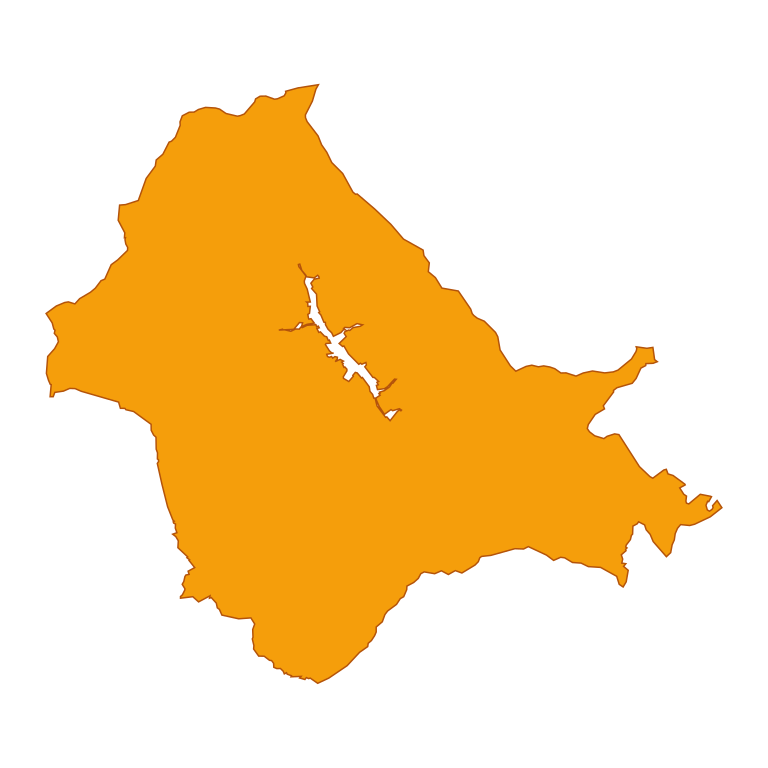 Sandominic, Harghita, Romania (Robinson projection)
{"feature_id": "2599482B98867301333239", "entity_name": "Sandominic", "entity_type": "district", "adm_level": 2, "iso_a3": "ROU", "parent_name": "Romania", "parent_adm1": "Harghita", "projection": "robinson", "projection_center": [25.816, 46.646], "detail": "fine", "context": "isolated", "style": "filled", "palette": "amber", "viewbox_px": 768, "rotation_deg": 0, "n_neighbors": 0, "source": "geoboundaries", "source_scale": "gbopen_adm2", "svg_char_len": 6095}
<svg xmlns="http://www.w3.org/2000/svg" viewBox="0 0 768 768"><path d="M710.3,516.8L721.9,507.7L717.1,500.5L712.6,505.7L713.1,507.4L712.2,509.2L709.5,511.2L707.3,509.9L706.0,505.3L707.6,501.3L708.7,501.7L711.5,496.7L710.6,496.3L700.3,494.3L688.8,503.9L686.5,503.2L685.9,501.2L686.5,496.1L683.8,494.3L679.7,487.9L685.2,484.9L684.9,484.2L673.1,475.5L668.0,473.9L666.3,469.3L663.8,470.0L652.8,478.2L649.9,476.6L639.4,466.6L618.9,434.6L614.6,433.9L607.1,436.3L603.9,438.6L594.7,435.8L589.5,431.8L587.3,428.6L588.3,424.5L595.2,414.4L604.5,408.9L603.3,405.8L613.6,392.0L613.5,390.4L617.0,387.7L632.2,383.3L636.1,378.5L640.9,368.1L645.7,365.6L645.9,363.6L653.1,363.3L657.3,361.7L654.6,359.6L652.9,347.4L646.9,348.3L636.2,346.8L636.8,348.7L636.1,351.4L631.5,359.0L618.0,370.1L613.3,371.9L604.7,372.9L592.5,371.0L583.2,373.0L576.0,376.1L566.1,372.9L560.9,373.0L554.8,368.7L549.9,367.0L543.7,365.9L538.4,366.8L531.8,365.2L526.1,366.4L515.8,371.2L510.4,365.9L500.1,350.0L497.8,336.8L495.5,332.4L484.3,321.2L477.3,318.2L473.8,315.5L472.2,313.6L470.7,309.1L458.3,291.0L441.9,288.1L435.4,277.6L428.3,271.7L429.3,262.9L423.9,255.6L423.1,250.1L403.5,239.1L391.0,224.5L374.8,209.1L357.2,194.0L355.6,194.3L352.9,192.1L342.7,173.5L331.8,162.6L326.8,152.3L321.6,144.8L318.1,136.0L307.1,121.6L305.5,117.7L305.4,114.9L312.4,101.1L315.9,89.2L318.4,84.7L298.0,87.9L285.6,91.3L285.9,92.8L284.2,95.8L277.4,98.8L274.5,99.2L265.9,96.1L260.1,96.2L255.6,98.9L254.7,101.9L244.3,114.0L240.3,115.6L237.4,116.2L226.0,113.5L219.6,109.1L215.5,108.0L205.5,107.4L198.4,109.5L194.1,112.1L189.2,112.2L182.3,115.8L180.0,121.9L180.2,125.3L175.4,137.3L171.5,141.2L169.1,142.1L162.9,154.2L156.2,160.0L155.3,166.1L146.2,178.4L138.3,200.5L125.6,204.6L119.6,205.1L118.2,220.3L124.8,232.8L124.4,237.8L125.5,237.7L125.0,239.7L125.8,244.0L127.7,247.5L127.5,250.4L117.6,260.0L111.2,264.7L104.8,279.1L101.0,280.7L95.3,288.2L90.4,292.3L79.7,298.6L74.9,303.9L68.4,301.9L64.7,302.5L56.3,306.0L46.1,313.5L52.2,322.9L53.8,329.0L55.0,330.2L54.3,333.4L57.3,336.9L58.4,341.8L54.6,348.7L47.7,356.5L46.4,373.4L48.5,380.3L50.3,384.4L51.2,384.6L50.1,396.7L53.2,396.7L54.8,392.4L63.5,391.1L69.7,388.4L75.1,388.6L81.3,391.3L118.6,402.1L120.4,408.3L124.9,408.4L125.9,409.7L133.6,411.5L151.1,424.3L151.2,430.3L153.6,435.0L156.0,437.2L156.2,449.2L157.5,452.8L157.4,459.0L158.4,459.6L158.6,461.5L157.3,463.4L161.9,484.0L167.6,506.7L172.9,520.1L174.2,521.2L173.2,521.8L173.7,523.1L175.5,524.0L175.3,528.1L176.9,532.7L172.7,534.2L175.8,536.6L178.3,540.8L177.9,547.7L187.7,556.9L186.9,557.7L189.6,559.8L189.0,560.4L194.7,567.6L188.1,571.2L189.1,574.4L185.9,575.0L184.9,576.6L183.8,581.5L182.2,584.3L184.9,588.7L184.8,590.0L182.4,594.8L180.5,596.5L180.5,598.2L192.8,596.7L198.6,601.9L210.0,595.8L209.5,598.2L211.3,597.6L216.3,603.1L217.3,607.8L219.4,609.4L221.9,615.1L238.7,618.8L250.9,617.9L254.7,624.0L252.7,629.5L253.0,637.3L252.3,638.9L253.9,645.6L253.6,649.0L258.7,656.1L264.1,656.2L269.5,660.3L271.6,660.6L273.6,663.3L273.8,667.3L276.8,668.6L280.4,668.5L283.2,671.2L284.3,673.9L286.5,672.7L287.2,674.2L291.5,675.7L291.0,676.8L301.1,676.4L299.7,678.0L304.9,679.5L306.4,677.6L308.7,678.6L310.2,678.1L317.7,683.3L328.8,678.1L347.1,665.7L359.6,652.3L367.7,646.6L368.2,643.3L371.4,640.6L374.6,635.7L376.2,632.0L376.2,627.0L382.3,621.8L384.9,614.6L387.6,611.0L396.5,604.4L400.3,598.6L403.7,596.7L406.7,589.7L406.9,586.1L413.7,582.5L418.3,578.4L420.8,573.7L424.2,571.9L434.7,573.7L441.4,570.8L448.4,574.5L455.3,570.6L461.9,573.0L475.1,565.0L478.3,561.7L479.8,557.7L481.7,556.4L490.8,555.4L514.9,548.7L523.6,549.0L528.3,546.6L546.5,555.1L553.6,560.4L560.6,557.3L564.6,557.8L572.5,562.5L581.1,563.1L588.3,566.6L600.6,567.4L616.7,576.3L619.2,584.3L623.1,587.0L626.2,581.8L628.2,570.3L623.6,566.4L625.8,563.7L621.8,563.1L622.7,559.1L621.3,554.8L626.0,550.7L625.6,549.3L627.0,547.9L625.7,547.0L626.2,545.1L630.4,539.6L631.4,535.4L632.6,534.1L632.9,526.1L637.2,523.8L638.6,521.8L644.6,524.9L646.2,529.8L650.2,534.4L653.2,541.6L666.4,556.7L670.7,552.6L672.1,544.9L674.3,539.9L675.2,533.7L677.5,528.3L680.6,524.6L689.7,525.5L694.7,524.2L710.3,516.8ZM299.8,264.1L301.8,270.4L305.8,275.2L306.5,276.8L314.2,277.9L317.7,275.3L318.9,276.7L319.2,278.1L314.2,279.2L310.9,283.2L312.8,287.0L311.6,288.5L316.5,294.1L317.1,306.0L319.7,311.8L318.7,312.6L320.9,315.0L323.9,322.2L325.4,322.4L325.5,324.7L328.0,329.2L331.7,332.8L333.4,336.3L340.9,332.6L343.4,329.8L345.2,329.7L343.6,328.5L344.8,327.4L349.7,327.7L357.0,323.6L362.6,324.8L360.2,326.3L353.1,327.6L349.8,330.5L348.8,330.0L344.9,331.7L344.1,333.3L346.2,336.6L339.1,343.5L342.6,346.5L343.9,346.0L348.5,353.9L358.8,364.3L360.4,363.2L361.9,364.2L365.9,362.5L366.4,365.0L364.8,366.8L372.9,377.4L374.4,377.5L378.6,381.5L376.9,382.3L378.3,384.8L376.4,385.4L377.5,389.6L384.4,388.7L387.6,386.6L394.5,379.1L396.2,379.3L392.9,383.2L392.2,382.9L389.5,387.0L384.2,390.7L379.5,392.2L380.1,393.1L378.9,393.7L380.1,395.2L376.0,398.0L376.1,399.5L379.3,406.6L384.5,414.3L391.0,409.6L392.7,410.7L399.4,408.7L401.5,410.1L400.9,410.8L399.7,409.8L397.5,411.3L390.1,420.7L386.8,416.9L385.6,417.3L377.0,405.9L375.1,398.1L373.8,398.1L372.6,394.4L370.0,391.4L369.2,386.7L362.4,377.5L361.5,378.0L357.2,372.9L355.3,372.4L352.8,375.4L353.3,376.3L348.8,381.5L343.5,378.4L343.3,376.8L346.9,370.9L346.9,369.2L344.9,367.0L344.0,367.4L342.5,364.2L343.2,363.6L341.6,362.1L343.4,361.1L340.1,359.4L335.2,361.6L337.3,359.0L337.4,357.2L334.9,356.6L332.7,358.1L331.5,356.5L329.2,357.3L327.5,356.5L326.7,354.3L333.6,353.1L331.7,352.9L329.4,350.8L325.4,344.6L326.0,343.5L330.7,343.1L329.3,340.1L328.3,340.5L326.7,336.8L324.4,336.1L320.4,331.9L318.8,332.4L316.9,328.5L319.2,327.8L318.3,326.1L316.6,326.7L315.9,324.7L307.1,325.3L302.3,327.6L300.7,327.2L299.3,329.1L295.5,329.0L290.9,331.3L284.6,329.8L278.8,330.1L282.5,329.2L282.7,329.9L293.8,329.3L299.5,322.5L302.6,322.8L301.5,326.7L307.0,324.3L314.3,323.1L311.0,318.7L308.9,319.1L308.5,318.2L307.8,314.4L309.5,313.3L310.3,306.3L307.9,306.4L307.7,302.8L306.8,302.1L310.3,302.0L307.2,289.1L304.5,283.4L304.3,281.0L306.0,276.1L298.8,266.6L298.4,264.5L299.8,264.1Z" fill="#f59e0b" stroke="#b45309" stroke-width="1.5"/></svg>